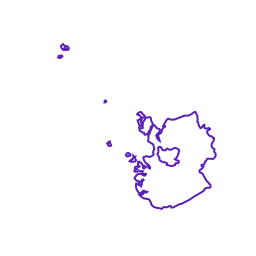 the border of Gyeonggi, rotated 34°
{"feature_id": "KOR-2498", "entity_name": "Gyeonggi", "entity_type": "Province", "adm_level": 1, "iso_a3": "KOR", "parent_name": "South Korea", "parent_adm1": "", "projection": "robinson", "projection_center": [126.66, 37.546], "detail": "fine", "context": "isolated", "style": "outline", "palette": "violet", "viewbox_px": 256, "rotation_deg": 34, "n_neighbors": 0, "source": "natural_earth", "source_scale": "10m", "svg_char_len": 6033}
<svg xmlns="http://www.w3.org/2000/svg" viewBox="0 0 256 256"><g transform="rotate(34 128 128)"><path d="M156.0,106.5L155.5,99.9L155.9,98.1L156.6,97.5L157.8,97.4L159.4,96.8L161.9,94.9L167.3,87.0L168.4,85.9L170.8,84.1L171.9,83.0L174.0,77.9L174.8,77.0L176.0,77.6L179.2,79.5L179.7,80.7L180.4,81.2L181.0,81.9L181.4,83.2L182.1,84.1L182.9,84.0L183.6,84.8L185.8,86.6L188.1,87.6L188.9,86.4L188.9,83.9L189.1,83.1L189.5,82.6L190.0,82.9L190.1,83.7L190.3,84.4L191.6,85.2L193.0,85.0L193.9,84.1L194.8,83.1L195.2,82.7L195.7,82.6L196.3,82.7L196.7,83.1L196.1,84.1L195.6,85.5L195.6,86.9L196.6,87.8L197.6,88.3L200.0,88.9L202.6,88.0L203.7,88.7L204.1,88.7L204.5,88.4L205.0,88.3L205.4,88.6L206.0,90.4L206.3,94.0L207.1,96.1L208.7,97.2L210.2,97.1L211.6,97.2L212.5,99.4L213.7,99.9L214.9,100.2L216.4,102.4L216.1,105.5L215.4,106.5L214.1,107.0L210.9,109.2L211.0,110.4L211.0,111.6L210.7,112.7L211.2,114.1L211.5,115.4L209.7,117.5L210.4,118.4L212.1,117.9L212.1,119.5L211.8,121.0L211.2,122.3L211.0,123.5L212.5,124.7L214.1,124.1L215.9,124.4L217.5,125.4L219.1,126.0L222.6,127.9L224.8,128.2L226.3,128.8L227.8,128.9L228.7,129.7L229.5,130.9L228.8,132.2L227.6,132.7L226.4,134.1L225.6,135.5L226.0,137.2L225.5,138.9L221.6,146.9L218.8,153.6L215.0,160.5L214.5,161.3L213.5,162.0L209.8,168.7L208.2,169.7L207.9,169.3L206.6,169.0L205.6,170.0L205.1,171.3L204.4,172.2L202.7,172.9L201.7,174.0L201.1,176.3L199.0,176.9L196.3,178.2L193.5,179.0L190.5,178.6L188.1,176.6L185.3,175.4L180.1,177.6L177.6,177.6L174.6,177.0L175.4,176.4L176.4,176.0L177.1,175.2L177.5,173.4L177.4,173.0L176.7,172.3L177.0,172.0L177.7,171.9L178.6,171.5L179.1,171.4L179.5,171.1L179.7,170.2L175.9,171.3L175.3,172.0L175.5,174.4L175.1,174.9L173.6,175.4L171.5,175.1L169.0,173.7L166.8,171.6L165.9,169.5L169.7,169.1L169.7,168.7L168.8,168.1L169.6,168.0L170.2,168.0L170.9,168.3L171.4,168.7L171.1,167.2L170.3,165.9L169.6,164.4L170.1,162.4L169.4,162.1L168.8,162.8L168.5,164.0L168.4,165.2L168.1,166.6L167.5,166.9L166.9,166.3L164.5,166.9L161.5,166.0L161.6,165.1L161.3,164.4L161.5,163.4L161.4,162.0L162.1,160.7L163.0,159.6L164.0,159.1L165.1,158.7L166.7,158.7L168.4,158.3L168.7,157.7L168.8,156.3L168.4,156.0L167.6,156.5L166.3,157.6L165.4,157.4L164.8,157.1L164.5,156.5L164.5,155.6L163.0,156.3L161.8,157.2L159.5,159.5L159.0,160.0L158.2,160.2L157.5,160.2L157.1,159.8L157.2,159.1L157.5,158.4L158.5,157.1L156.6,157.5L156.0,157.4L155.8,156.3L156.2,155.6L157.0,155.1L157.8,154.8L158.5,154.5L159.2,153.5L159.0,153.2L157.3,153.4L156.8,153.1L155.4,150.3L155.7,150.2L156.3,149.7L156.7,150.1L157.4,150.0L158.7,149.7L159.7,150.0L160.5,150.5L161.3,150.8L162.3,150.3L162.2,151.2L162.3,152.0L162.6,152.6L163.2,152.9L163.9,152.7L164.2,151.9L164.5,150.3L165.6,148.8L166.4,148.9L167.4,149.5L168.8,149.3L168.5,148.6L168.1,148.2L167.7,147.9L167.1,147.7L166.2,147.7L165.8,147.1L164.8,147.0L164.1,147.2L163.3,147.2L162.1,146.9L160.1,146.3L157.4,144.3L157.2,143.4L158.5,141.7L159.3,140.9L161.3,140.4L162.6,139.4L163.5,137.8L164.1,135.9L163.5,134.9L162.5,134.3L161.8,132.8L161.8,131.0L158.1,127.5L152.0,127.7L151.2,125.9L150.0,124.0L149.2,123.3L149.2,122.3L149.0,120.7L148.3,118.3L147.4,112.0L147.6,111.0L148.5,110.9L151.9,112.1L153.0,111.8L154.0,111.4L154.8,111.3L155.6,111.8L155.9,112.7L156.1,114.1L156.0,115.6L155.6,116.5L155.6,118.3L157.5,119.9L160.0,120.9L161.5,121.0L160.3,119.8L156.7,117.3L157.8,114.6L158.1,112.9L157.8,111.8L157.2,110.6L157.1,109.1L157.4,107.5L158.0,106.3L157.6,105.7L156.9,105.8L156.0,106.5ZM184.3,127.6L184.9,125.5L184.8,123.6L184.2,121.9L183.7,119.5L182.7,117.7L180.4,117.5L178.4,118.0L177.2,119.3L176.3,121.1L174.8,122.8L172.0,123.1L171.6,124.3L171.5,125.6L170.2,126.4L168.7,126.9L166.7,125.7L164.9,125.6L164.0,127.6L165.5,129.3L166.7,131.0L167.0,133.2L168.3,134.0L170.1,134.6L172.0,136.9L174.7,137.0L175.9,136.8L177.0,136.2L178.5,135.7L180.1,135.4L180.8,137.0L182.7,136.1L184.5,135.7L186.1,134.7L186.7,133.7L187.8,132.3L187.3,131.8L187.3,130.4L188.2,129.8L189.1,129.3L189.3,128.2L188.8,127.1L187.5,127.1L186.0,127.6L184.3,127.6ZM145.9,124.1L145.4,124.2L145.0,124.0L144.4,123.3L143.9,123.0L143.6,123.1L143.1,123.5L139.7,123.7L138.5,123.2L137.2,121.5L139.2,121.0L139.6,120.7L140.2,119.9L140.1,119.5L139.7,119.3L139.4,118.9L137.2,114.8L137.0,114.1L137.3,113.3L137.2,109.7L137.5,108.9L138.1,108.7L139.6,107.0L140.7,106.7L141.7,107.4L142.7,108.5L143.6,109.3L145.6,110.3L146.5,111.1L146.8,112.3L146.7,112.9L146.4,114.0L146.3,114.4L146.4,114.9L147.0,116.0L147.2,116.5L147.4,119.3L147.2,119.9L147.5,120.3L148.1,121.5L147.2,122.0L146.5,123.6L145.9,124.1ZM34.1,94.8L34.7,95.6L34.6,96.7L33.8,97.3L32.5,96.6L30.9,96.8L30.6,96.9L30.6,97.7L31.2,98.0L32.0,98.1L32.3,98.4L31.0,99.4L28.4,99.1L26.5,97.5L27.2,94.8L28.8,95.3L32.3,94.2L34.1,94.8ZM132.5,108.4L133.7,108.4L134.9,108.5L135.5,109.2L135.1,110.5L134.0,111.5L132.6,111.6L129.9,111.0L128.6,111.6L128.0,111.6L127.8,110.8L128.7,108.4L129.4,107.7L130.3,107.5L131.3,107.7L132.5,108.4ZM135.5,115.9L137.2,117.2L137.8,117.9L137.9,118.6L137.2,119.4L135.9,119.5L131.7,116.3L132.2,115.8L132.5,115.2L132.8,113.8L133.0,113.4L133.7,112.7L134.1,112.6L134.3,112.7L134.5,113.0L134.8,115.0L135.1,115.5L135.5,115.9ZM152.6,150.2L152.9,151.2L152.6,151.9L149.3,154.4L147.9,154.6L147.9,154.2L148.6,153.3L148.7,152.8L148.4,152.4L149.2,151.4L149.2,150.5L148.9,149.4L148.4,148.6L148.0,148.1L149.2,148.4L150.0,147.7L150.1,148.4L150.3,149.0L151.1,149.4L152.3,149.9L152.6,150.2ZM144.4,148.4L145.0,148.8L145.3,149.8L145.0,150.1L144.3,150.3L144.1,150.8L144.0,151.3L143.5,151.9L142.7,152.1L142.3,151.7L141.7,151.8L141.3,151.5L141.2,150.5L141.3,149.6L141.8,148.9L142.9,148.3L144.4,148.4ZM120.3,152.3L119.6,152.6L119.4,152.5L119.6,150.9L119.9,149.9L120.4,149.3L120.9,149.6L121.4,150.4L121.8,150.7L123.4,151.5L123.8,152.0L123.6,152.5L122.8,153.3L122.2,153.5L121.5,153.6L120.8,153.3L120.3,152.3ZM33.0,105.0L33.5,105.2L33.5,105.7L32.8,107.8L32.3,108.1L31.8,108.1L31.4,108.2L31.1,108.5L30.9,108.6L30.9,108.3L30.2,107.3L30.4,106.7L31.5,105.9L32.5,104.9L33.0,105.0ZM94.2,117.8L94.9,117.9L95.3,118.3L95.1,119.2L94.5,119.7L94.2,119.9L93.6,118.5L93.7,117.9L94.2,117.8Z" fill="none" stroke="#5b21b6" stroke-width="2"/></g></svg>